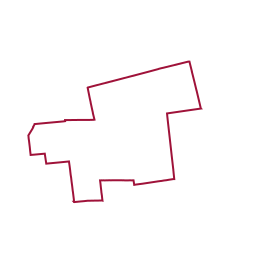 outline of Traian, Ialomita, Romania, rotated 135°
{"feature_id": "2599482B49143714613068", "entity_name": "Traian", "entity_type": "district", "adm_level": 2, "iso_a3": "ROU", "parent_name": "Romania", "parent_adm1": "Ialomita", "projection": "mercator", "projection_center": [27.361, 44.765], "detail": "fine", "context": "isolated", "style": "outline", "palette": "rose", "viewbox_px": 256, "rotation_deg": 135, "n_neighbors": 0, "source": "geoboundaries", "source_scale": "gbopen_adm2", "svg_char_len": 2143}
<svg xmlns="http://www.w3.org/2000/svg" viewBox="0 0 256 256"><g transform="rotate(135 128 128)"><path d="M218.5,113.8L218.4,113.6L218.2,113.5L216.4,112.0L213.2,109.4L211.2,107.7L208.1,105.2L202.9,100.2L201.4,98.7L197.7,95.2L197.4,94.7L195.7,96.9L193.9,99.1L193.7,99.5L193.4,99.8L192.9,100.5L192.4,101.2L191.8,101.9L190.9,103.0L189.1,105.3L186.9,108.0L184.8,110.7L184.3,110.2L183.7,109.7L183.3,109.2L182.3,108.3L181.8,107.7L181.1,107.0L180.4,106.4L179.8,105.8L179.2,105.2L178.1,104.2L177.1,103.1L175.9,102.0L174.8,100.9L173.6,99.7L172.4,98.5L171.5,97.6L170.5,96.6L169.7,95.8L168.9,94.9L168.4,94.5L168.0,94.0L167.1,93.0L165.3,91.2L163.5,89.5L162.4,88.3L161.5,87.5L161.1,87.1L163.8,83.4L163.5,83.2L162.1,82.2L160.7,81.1L159.9,80.5L157.2,78.4L155.3,77.0L145.4,69.7L144.7,69.2L143.8,68.5L143.0,67.9L142.5,67.5L141.9,67.0L139.6,65.4L138.0,64.1L135.7,62.5L131.9,59.7L131.4,59.2L126.7,65.0L126.4,65.3L125.9,66.0L125.5,66.4L125.1,66.9L124.8,67.3L117.1,77.0L107.5,89.0L95.7,103.8L92.0,108.4L90.1,110.7L72.7,97.7L62.7,90.2L62.7,90.3L52.9,106.2L52.9,106.3L48.2,114.0L44.6,120.0L43.0,122.7L42.9,122.7L38.7,129.7L38.1,130.7L38.0,130.8L37.6,131.5L38.4,132.3L60.4,145.6L62.1,146.7L64.1,147.9L65.0,148.3L74.2,153.6L84.5,159.6L96.2,166.5L96.4,166.6L102.9,170.4L119.5,180.2L127.9,185.1L128.0,185.1L133.4,177.0L134.0,176.1L136.1,172.8L136.7,172.0L136.9,171.7L137.0,171.6L137.2,171.2L139.6,167.5L141.0,165.3L141.3,164.8L141.7,164.2L142.0,163.7L142.3,163.4L145.8,157.6L146.5,158.1L150.1,161.5L153.1,164.5L156.5,167.9L160.9,172.2L165.2,176.4L166.9,178.1L167.6,177.3L169.2,178.5L173.9,182.4L181.7,188.9L188.1,194.2L190.9,196.5L191.2,196.8L191.3,196.7L194.2,195.9L194.2,195.7L195.8,195.1L198.3,194.5L201.2,193.8L203.2,193.3L203.7,193.2L203.8,193.0L205.6,190.9L206.5,189.7L207.0,189.0L211.0,183.9L213.3,181.1L215.9,177.8L212.7,175.1L206.2,169.7L205.0,168.7L211.0,160.6L199.9,151.4L194.4,146.9L193.4,146.1L196.1,142.5L198.8,139.0L199.7,137.9L201.6,135.5L203.4,133.0L205.8,130.0L208.7,126.2L211.7,122.4L212.1,121.8L214.6,118.6L217.1,115.4L217.3,115.2L218.3,113.9L218.4,114.0L218.4,113.9L218.5,113.8L218.5,113.8Z" fill="none" stroke="#9f1239" stroke-width="2"/></g></svg>